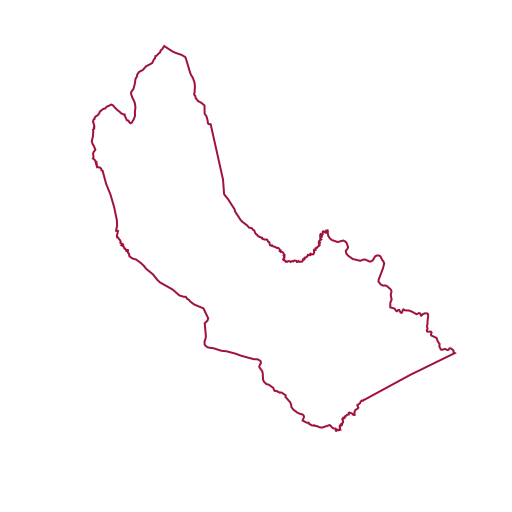 Kaoh Nheaek, Môndól Kiri, Cambodia (Albers equal-area conic projection), rotated 42°
{"feature_id": "14789045B36010441751176", "entity_name": "Kaoh Nheaek", "entity_type": "district", "adm_level": 2, "iso_a3": "KHM", "parent_name": "Cambodia", "parent_adm1": "Môndól Kiri", "projection": "albers", "projection_center": [106.949, 13.127], "detail": "fine", "context": "isolated", "style": "outline", "palette": "rose", "viewbox_px": 512, "rotation_deg": 42, "n_neighbors": 0, "source": "geoboundaries", "source_scale": "gbopen_adm2", "svg_char_len": 6062}
<svg xmlns="http://www.w3.org/2000/svg" viewBox="0 0 512 512"><g transform="rotate(42 256 256)"><path d="M135.1,330.9L136.1,330.4L136.5,329.7L136.8,329.8L139.1,334.2L140.4,335.1L141.0,334.5L143.2,335.2L144.4,335.2L145.8,335.8L146.2,336.9L146.9,337.2L147.9,336.6L148.2,337.0L149.0,337.0L148.9,336.4L149.3,336.3L150.2,336.9L149.5,337.9L151.3,337.6L153.1,338.5L153.9,338.0L154.1,338.3L155.1,338.6L156.4,337.6L156.7,338.6L157.3,337.9L158.5,339.2L160.6,339.5L161.6,340.7L163.3,340.9L166.1,340.4L169.4,338.8L174.8,338.3L180.2,338.4L180.5,338.7L183.6,339.0L191.8,338.6L198.8,339.8L202.1,339.9L216.5,336.7L225.3,336.6L229.3,334.8L231.2,333.3L233.3,333.9L235.2,333.5L237.9,333.8L242.5,333.4L252.0,330.1L262.2,334.3L263.2,336.6L262.9,340.3L272.5,349.2L273.7,351.1L275.1,354.2L276.8,355.9L278.2,356.5L281.4,356.2L286.3,352.9L293.3,349.8L298.1,346.4L306.3,342.2L311.2,340.3L323.2,334.3L326.3,331.7L328.9,331.1L330.0,331.2L331.3,332.3L331.8,334.7L332.4,336.0L333.0,336.4L338.0,337.6L339.7,338.9L344.0,343.2L346.0,344.1L349.6,344.2L351.6,343.1L356.5,342.5L357.2,342.5L359.2,343.6L360.3,343.7L361.6,342.4L363.0,342.4L363.6,341.9L365.2,341.7L366.1,340.4L371.4,339.7L372.2,341.0L379.2,341.8L381.9,343.2L383.2,344.5L386.6,345.2L391.6,344.7L394.2,343.9L396.7,342.6L398.1,342.7L398.9,343.0L399.5,343.8L400.7,347.1L405.4,345.9L406.7,344.6L408.0,345.3L409.6,344.6L410.4,344.7L411.9,343.9L412.6,342.7L413.7,342.7L415.3,341.5L417.3,341.0L419.9,339.4L423.9,332.3L428.5,332.5L430.8,331.0L431.6,331.4L432.1,332.4L432.5,332.4L432.8,332.1L432.5,331.5L432.9,330.4L434.0,330.3L435.0,328.6L433.4,327.9L432.7,327.1L432.8,326.2L431.9,326.1L431.8,325.0L432.9,323.9L432.8,323.7L431.8,323.7L432.1,321.5L430.2,319.7L429.5,319.7L429.1,318.9L429.4,318.5L429.1,317.7L430.2,317.2L429.4,315.8L430.0,315.2L429.7,314.6L429.9,313.1L431.0,311.7L429.9,310.5L430.2,309.8L432.7,308.8L434.8,308.9L435.6,308.1L433.5,306.0L433.1,304.7L432.9,303.7L433.5,302.1L433.6,300.3L431.1,299.1L431.8,295.8L431.2,294.0L431.3,292.7L432.4,292.0L432.3,290.7L432.8,290.2L450.2,241.0L468.7,195.1L467.3,195.4L466.1,194.2L465.3,194.0L462.5,194.3L461.6,195.2L461.8,196.8L461.4,197.7L458.6,198.6L457.0,201.3L455.8,201.8L452.6,200.4L451.3,198.5L448.4,197.9L444.9,196.1L439.5,197.8L438.6,197.4L437.7,195.4L436.5,195.2L434.3,197.3L433.4,197.5L432.7,197.0L432.0,195.1L429.9,193.7L429.1,192.0L426.8,189.3L424.0,185.2L422.3,184.0L421.6,184.1L419.6,185.9L419.0,187.4L418.8,189.8L418.2,189.9L417.4,189.1L416.1,188.9L415.1,189.7L414.6,191.3L414.1,191.9L409.6,192.9L406.4,194.0L403.1,196.7L401.4,196.9L401.2,197.6L402.3,200.3L402.0,201.1L401.1,201.2L398.6,200.3L397.8,201.1L397.8,202.7L397.2,203.0L394.3,202.4L390.1,204.3L386.9,200.6L386.0,197.7L382.2,194.8L380.5,191.8L379.4,191.0L378.0,190.7L373.2,190.8L371.5,191.6L370.3,193.0L367.4,193.7L364.0,193.0L363.0,191.5L358.6,180.2L356.3,175.8L354.2,174.7L352.8,174.6L348.9,173.1L347.8,173.0L345.8,174.3L344.9,176.0L344.8,176.9L345.6,180.4L345.5,181.9L344.9,183.4L344.0,184.2L339.7,185.5L338.4,186.5L336.7,189.8L329.9,193.5L324.2,194.1L321.5,193.8L319.3,192.1L319.1,189.2L318.5,187.8L314.5,185.6L312.2,185.6L310.5,186.1L307.3,191.0L301.6,193.4L299.1,193.5L296.3,192.7L294.0,191.0L292.7,189.4L292.0,189.0L291.1,190.2L291.4,190.8L292.2,191.3L292.4,191.9L291.5,192.3L289.7,192.3L289.4,192.8L289.4,193.5L291.0,195.1L291.1,195.8L289.3,196.4L289.6,197.0L291.3,196.8L292.1,197.8L292.0,198.4L290.9,198.0L290.4,198.3L291.5,199.2L292.1,200.2L293.4,200.1L292.9,202.4L293.3,203.7L294.8,205.0L295.0,204.1L295.5,205.1L296.2,205.6L295.6,208.5L295.9,208.9L295.1,210.3L296.8,212.2L295.6,211.7L294.9,212.4L295.3,213.2L296.8,214.3L297.5,216.3L296.1,217.7L295.0,217.7L294.9,218.4L295.8,218.5L295.8,219.0L294.7,220.1L293.8,220.5L294.4,222.3L293.9,224.0L293.2,224.7L293.5,225.5L294.1,225.7L294.2,226.1L294.0,226.8L293.2,227.1L294.1,229.1L292.3,231.2L290.9,231.3L291.0,232.3L290.4,233.1L289.2,232.6L287.4,233.8L287.3,235.1L286.2,235.7L285.8,237.2L284.7,237.2L283.4,238.2L283.2,239.3L282.4,239.6L282.5,239.9L282.0,240.4L280.1,240.0L279.7,240.0L279.5,240.5L278.5,240.4L278.1,239.3L278.3,238.4L277.7,238.2L277.7,237.5L277.3,237.2L276.4,237.2L276.6,236.2L276.3,235.9L275.2,235.9L273.7,235.3L272.2,235.7L271.8,236.3L271.0,235.7L270.9,236.4L270.3,236.5L270.1,235.8L269.3,235.3L267.6,235.1L267.1,235.1L266.2,236.1L264.5,236.3L262.0,237.5L260.9,237.4L261.0,237.9L259.1,238.6L256.6,236.8L255.2,237.2L253.5,236.4L252.3,237.0L251.9,237.7L249.6,238.9L249.0,238.9L248.5,238.4L248.1,238.9L246.8,238.9L246.1,239.4L243.8,239.9L242.7,239.5L240.8,239.7L237.5,238.2L236.0,238.5L234.3,238.1L231.7,239.6L228.9,239.2L223.4,239.7L220.7,239.6L210.6,236.9L209.0,235.7L197.0,232.4L192.0,231.7L190.7,231.2L180.4,221.3L134.1,188.4L132.7,189.6L131.6,189.6L129.0,187.4L125.6,185.3L122.6,184.6L117.0,178.6L113.2,178.7L108.8,179.7L108.0,179.3L105.7,179.1L103.6,177.6L102.3,177.5L101.5,176.9L101.1,175.8L96.9,170.6L94.5,168.4L90.0,165.9L86.5,164.9L84.0,163.6L72.0,156.3L70.3,155.5L66.2,156.3L60.0,159.0L56.5,160.0L47.3,161.4L47.9,165.2L47.6,166.9L48.5,169.0L48.1,171.4L48.2,173.3L47.5,174.8L48.7,176.7L48.6,178.3L49.7,181.8L49.0,184.4L47.4,188.4L47.4,193.5L45.9,197.6L46.3,200.6L47.4,202.3L48.0,205.1L50.8,209.3L52.8,213.1L53.3,214.7L53.4,217.2L54.3,218.9L58.2,221.1L61.9,222.5L64.3,223.9L67.0,226.3L69.7,230.1L72.3,232.7L73.7,236.4L74.5,240.2L73.8,241.4L71.5,241.2L70.7,240.7L69.2,241.5L64.5,239.5L63.7,238.8L63.4,239.4L61.5,239.7L60.4,240.3L58.6,240.1L54.4,240.3L48.6,239.8L47.0,240.4L46.0,243.4L45.2,244.6L45.2,247.4L44.1,248.8L43.3,253.1L44.1,255.0L44.1,257.8L43.4,259.7L43.8,261.6L44.3,262.2L44.0,263.3L45.2,265.5L46.0,265.6L47.4,266.8L48.4,267.1L49.2,268.4L49.6,268.4L49.7,269.2L50.6,269.7L50.3,271.1L51.9,272.5L54.7,276.2L57.2,280.6L59.8,282.2L61.7,282.6L65.5,284.5L65.8,287.7L66.5,289.0L69.3,291.5L69.7,292.2L69.6,292.6L72.9,292.6L74.1,293.5L74.4,293.3L74.4,293.7L75.0,293.6L75.3,294.2L75.9,294.2L76.0,294.9L77.1,294.9L77.4,295.7L78.1,296.2L78.4,296.3L78.5,295.9L79.3,295.7L80.8,294.7L82.5,294.7L83.8,295.7L85.0,295.3L96.2,302.6L106.7,307.7L117.9,314.6L128.5,322.4L132.5,326.4L135.1,330.9Z" fill="none" stroke="#9f1239" stroke-width="2"/></g></svg>